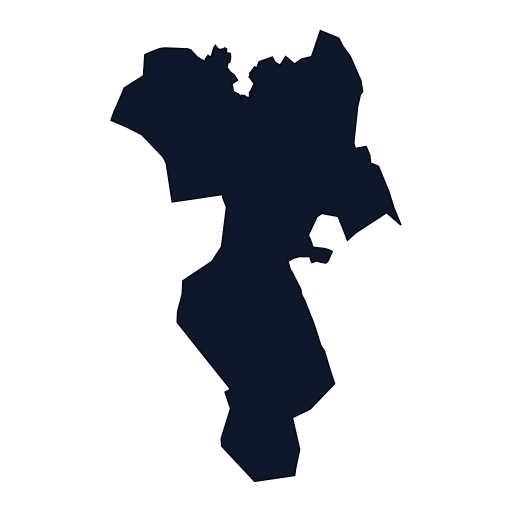 Ife East, Osun, Nigeria
{"feature_id": "59680162B92942987363648", "entity_name": "Ife East", "entity_type": "district", "adm_level": 2, "iso_a3": "NGA", "parent_name": "Nigeria", "parent_adm1": "Osun", "projection": "equal_earth", "projection_center": [4.586, 7.388], "detail": "fine", "context": "isolated", "style": "filled", "palette": "ink", "viewbox_px": 512, "rotation_deg": 0, "n_neighbors": 0, "source": "geoboundaries", "source_scale": "gbopen_adm2", "svg_char_len": 3645}
<svg xmlns="http://www.w3.org/2000/svg" viewBox="0 0 512 512"><path d="M177.2,322.3L230.6,389.3L225.1,392.1L230.6,408.7L221.3,438.4L221.7,446.1L254.6,481.3L294.7,475.4L295.5,469.1L299.6,449.5L292.4,417.6L310.1,409.1L334.6,383.6L331.3,373.9L324.3,350.9L320.8,345.5L315.1,327.7L312.9,321.1L306.9,306.3L305.1,301.5L301.6,294.7L300.8,289.5L291.4,270.9L290.4,270.1L287.9,261.0L289.4,260.4L290.2,260.0L291.2,259.3L292.1,258.9L293.0,258.5L293.8,258.0L294.4,257.9L295.0,257.7L295.8,257.5L296.3,257.3L296.8,257.2L297.4,257.1L297.9,256.9L298.4,256.7L299.2,256.6L299.9,256.5L300.5,256.5L301.0,256.5L301.5,256.5L302.1,256.6L302.8,256.6L303.5,256.6L304.2,256.6L305.0,256.6L305.6,256.6L306.2,256.6L306.7,256.5L307.6,256.5L308.1,256.5L308.5,256.5L309.1,256.5L309.5,256.5L310.0,256.5L310.1,257.2L310.2,257.4L310.3,258.1L310.3,258.4L310.5,259.1L310.8,259.7L311.1,260.6L311.3,261.2L311.6,261.9L312.0,262.5L312.5,262.4L312.8,262.3L313.1,262.1L313.4,262.0L313.7,261.9L314.1,261.8L314.5,261.6L315.0,261.4L315.4,261.3L315.7,261.1L316.0,260.9L316.3,260.9L316.7,260.9L317.1,260.9L317.4,261.1L317.8,261.2L318.1,261.4L318.6,261.5L319.0,261.7L319.3,261.7L319.7,261.8L320.1,261.9L320.3,261.9L320.7,262.1L321.1,262.1L321.6,262.2L322.0,262.4L322.5,262.4L322.9,262.5L323.2,262.5L323.5,262.6L324.1,262.8L324.5,262.9L325.0,262.9L325.6,262.9L326.2,262.9L326.5,262.5L326.9,262.2L327.1,262.0L327.5,261.6L327.7,261.3L328.0,260.8L328.3,260.4L328.5,259.9L328.7,259.5L328.9,258.9L329.2,258.2L329.4,257.7L329.7,257.1L329.9,256.6L330.3,255.9L330.5,255.3L330.8,254.6L331.1,253.9L331.3,253.4L331.5,253.0L331.8,252.4L332.1,251.9L332.2,251.7L331.9,251.3L331.4,251.0L330.6,250.6L329.6,250.2L328.8,249.9L327.8,249.5L327.1,249.3L326.2,249.1L325.7,248.9L324.8,248.8L324.1,248.5L323.7,248.6L323.1,248.4L322.6,248.3L321.9,248.2L321.3,248.2L320.3,248.1L319.5,248.0L319.0,248.0L318.7,247.9L318.3,247.9L317.7,247.8L317.1,247.7L316.7,247.7L315.9,247.6L314.8,247.4L314.2,247.4L313.7,247.4L313.3,247.5L312.6,246.5L312.4,245.7L311.9,244.1L311.3,242.2L310.5,240.3L310.1,239.0L308.8,236.7L308.3,235.2L316.9,216.7L321.9,213.4L338.2,216.4L347.5,240.2L355.8,232.7L386.6,212.6L401.0,225.1L394.0,208.2L393.5,206.6L392.7,203.9L388.7,191.3L378.4,166.3L370.6,163.1L370.1,158.7L369.7,155.1L366.2,146.6L355.2,148.5L353.7,142.8L357.6,106.6L360.4,94.2L362.7,91.6L360.8,80.5L350.4,56.7L342.8,46.1L338.7,38.2L320.4,30.7L311.6,56.6L301.3,59.2L294.5,64.0L285.6,56.5L280.2,65.3L275.2,62.4L272.3,57.1L259.3,61.7L258.7,62.7L257.6,65.8L257.3,67.7L256.1,67.5L254.6,66.8L253.5,68.5L252.3,69.8L251.1,71.8L250.0,72.9L249.6,73.5L250.4,74.4L249.2,76.9L250.6,78.6L254.2,83.7L251.6,89.0L250.7,91.4L250.2,91.8L249.5,92.4L249.6,95.3L250.0,97.5L249.1,97.5L248.3,97.3L246.2,97.2L244.5,95.5L243.8,95.9L242.5,95.4L241.3,95.3L241.4,98.6L240.6,98.5L240.3,96.4L238.3,94.0L235.9,92.8L233.6,91.9L233.3,91.0L232.4,85.9L232.1,83.5L233.9,82.7L235.2,81.6L237.4,80.3L237.1,79.4L235.8,77.6L234.4,75.2L233.4,74.3L230.8,72.5L229.0,70.4L226.9,67.5L228.0,62.3L229.5,62.3L229.8,62.0L230.3,59.8L230.6,56.2L230.3,54.2L230.1,53.4L226.1,52.8L226.6,49.2L226.2,48.7L224.5,48.0L224.2,49.3L222.7,48.8L220.0,50.1L219.8,49.3L218.4,49.4L215.3,45.4L214.1,47.2L213.4,49.3L212.8,51.4L211.2,56.9L208.8,56.2L208.0,55.4L205.6,58.9L205.2,60.8L204.5,61.4L202.2,60.1L197.0,56.9L190.9,50.1L187.7,48.9L164.5,48.0L160.0,48.6L154.0,50.8L144.9,54.7L143.5,75.8L124.2,88.0L122.3,92.9L120.8,96.4L118.8,101.0L116.8,105.9L114.6,110.3L112.9,115.0L111.0,120.3L126.5,126.8L141.9,134.7L163.2,157.0L166.3,163.2L172.2,201.9L222.8,194.4L222.7,197.2L226.5,207.2L221.6,246.7L211.9,261.5L182.9,280.8L182.3,293.9L177.6,311.9L177.2,322.3Z" fill="#0f172a" stroke="#020617" stroke-width="1.5"/></svg>